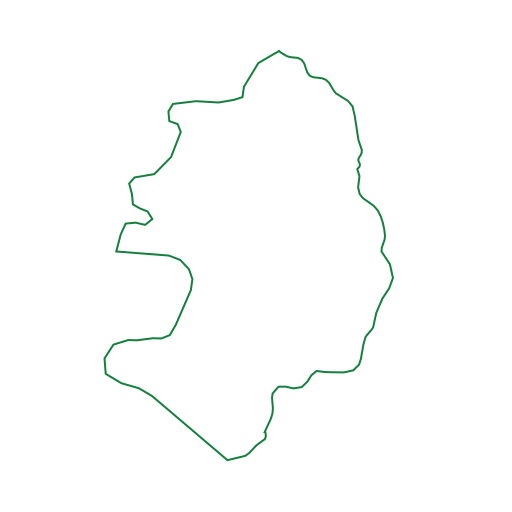 outline of Vidin, rotated 189°
{"feature_id": "BGR-2253", "entity_name": "Vidin", "entity_type": "Province", "adm_level": 1, "iso_a3": "BGR", "parent_name": "Bulgaria", "parent_adm1": "", "projection": "robinson", "projection_center": [22.659, 43.807], "detail": "fine", "context": "isolated", "style": "outline", "palette": "green", "viewbox_px": 512, "rotation_deg": 189, "n_neighbors": 0, "source": "natural_earth", "source_scale": "10m", "svg_char_len": 1727}
<svg xmlns="http://www.w3.org/2000/svg" viewBox="0 0 512 512"><g transform="rotate(189 256 256)"><path d="M206.4,131.6L213.4,130.4L218.1,122.8L218.0,118.5L215.5,108.2L215.1,103.4L215.8,97.9L219.9,83.4L219.3,83.4L218.6,81.8L218.1,79.2L218.7,76.2L219.6,75.6L226.0,69.0L232.0,60.2L235.4,56.9L252.3,49.9L336.9,101.5L351.1,107.1L369.0,109.3L377.0,112.5L386.0,116.1L389.6,131.2L382.9,146.2L369.1,153.0L360.5,154.1L344.8,158.7L336.7,159.7L328.8,164.3L324.5,175.3L315.0,212.1L315.2,223.2L320.1,232.4L330.1,240.2L342.2,242.8L394.7,238.6L393.0,256.1L389.8,267.6L380.1,270.1L370.4,269.4L364.2,276.3L370.0,283.0L378.0,284.8L385.6,287.7L388.2,297.7L392.6,307.7L388.2,314.6L369.2,321.0L355.4,340.4L349.7,366.7L354.0,374.0L362.7,375.7L365.1,385.0L361.8,393.2L339.6,399.5L316.8,401.8L302.1,406.8L294.2,410.8L294.4,421.2L283.9,446.9L265.3,462.1L263.3,460.8L256.8,458.2L253.0,457.8L245.5,458.2L241.7,456.9L239.4,454.7L238.5,453.7L234.1,445.4L231.1,442.4L227.4,441.5L218.9,441.9L214.6,441.0L210.9,438.5L205.3,431.7L202.6,429.2L189.5,423.6L184.1,419.0L180.3,409.6L172.9,386.4L168.1,377.4L167.8,375.0L168.2,372.5L169.3,370.1L169.8,368.8L170.0,367.6L169.8,366.4L169.3,365.2L168.0,363.5L167.6,361.7L168.0,359.9L169.3,358.1L169.4,357.9L169.5,357.7L169.4,357.4L169.3,357.1L166.3,351.1L165.9,339.8L163.3,333.4L159.3,329.8L147.6,324.0L142.7,319.9L139.1,314.8L136.0,308.8L133.5,302.4L131.7,296.0L131.6,291.9L133.1,283.8L132.7,280.0L122.5,268.9L117.3,255.7L119.4,245.0L124.5,233.7L128.3,218.7L129.1,204.0L130.2,201.5L134.2,195.0L135.2,192.8L136.1,185.2L136.3,171.0L137.2,164.9L142.0,158.3L150.9,154.8L163.3,153.0L169.5,152.2L178.2,151.9L182.7,146.8L185.7,139.8L190.3,133.7L198.3,131.1L206.4,131.6Z" fill="none" stroke="#15803d" stroke-width="2"/></g></svg>